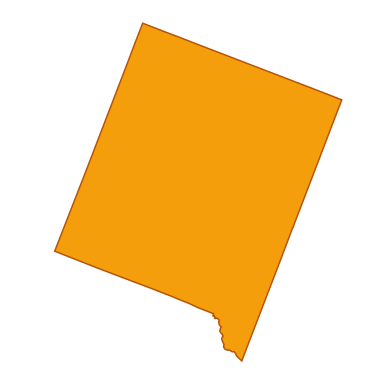 San Juan, New Mexico, United States of America, rotated 111°
{"feature_id": "52423323B37517446111976", "entity_name": "San Juan", "entity_type": "district", "adm_level": 2, "iso_a3": "USA", "parent_name": "United States of America", "parent_adm1": "New Mexico", "projection": "mercator", "projection_center": [-107.969, 36.5], "detail": "fine", "context": "isolated", "style": "filled", "palette": "amber", "viewbox_px": 384, "rotation_deg": 111, "n_neighbors": 0, "source": "geoboundaries", "source_scale": "gbopen_adm2", "svg_char_len": 1070}
<svg xmlns="http://www.w3.org/2000/svg" viewBox="0 0 384 384"><g transform="rotate(111 192 192)"><path d="M296.5,299.0L296.9,252.3L296.8,233.4L296.7,209.4L296.6,196.8L296.7,185.4L296.7,175.6L297.0,165.2L297.1,154.8L297.8,145.5L297.9,134.5L297.9,129.3L297.9,128.4L298.9,128.0L299.4,128.3L300.3,127.7L299.8,126.9L300.8,125.7L301.6,125.8L301.8,124.7L300.9,124.0L301.2,122.0L302.1,120.5L303.9,120.5L306.3,118.8L307.0,117.5L307.5,116.2L309.0,116.6L311.9,116.2L313.0,114.9L314.2,112.4L315.8,111.2L316.8,111.8L318.9,111.5L321.0,109.5L322.8,107.6L324.7,107.2L325.8,106.5L326.8,105.0L327.0,102.5L326.1,100.1L326.8,97.3L326.0,95.2L327.3,93.3L329.0,91.8L330.2,88.9L331.7,85.5L331.9,85.0L321.4,85.0L232.1,85.0L226.4,85.0L189.3,85.2L189.1,85.0L182.6,85.1L177.0,85.1L166.9,85.1L139.9,85.1L125.5,85.1L125.4,85.1L67.9,85.2L67.1,85.2L52.3,85.2L52.3,91.5L52.2,111.9L52.2,112.0L52.2,186.5L52.2,192.4L52.2,232.0L52.1,260.4L52.2,274.2L52.1,298.5L72.2,298.6L89.8,298.5L93.7,298.5L140.3,298.5L206.2,298.5L263.9,298.8L296.5,299.0Z" fill="#f59e0b" stroke="#b45309" stroke-width="1.5"/></g></svg>